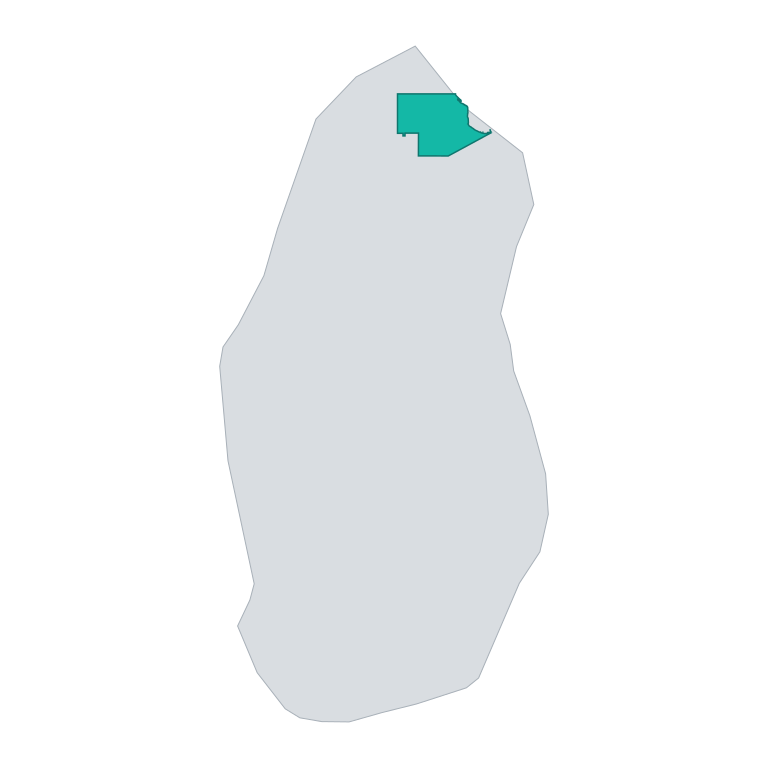 77, Madinat ach Shamal, Qatar shown in context
{"feature_id": "91078587B75856753740390", "entity_name": "77", "entity_type": "district", "adm_level": 2, "iso_a3": "QAT", "parent_name": "Qatar", "parent_adm1": "Madinat ach Shamal", "projection": "albers", "projection_center": [51.407, 25.968], "detail": "fine", "context": "in_parent", "style": "filled", "palette": "teal", "viewbox_px": 768, "rotation_deg": 0, "n_neighbors": 0, "source": "geoboundaries", "source_scale": "gbopen_adm2", "svg_char_len": 2982}
<svg xmlns="http://www.w3.org/2000/svg" viewBox="0 0 768 768"><path d="M416.7,703.9L381.9,712.6L349.1,721.9L321.7,721.6L299.8,717.8L285.2,708.8L257.2,672.7L237.6,626.0L249.9,600.0L254.2,583.8L228.0,460.8L219.7,366.3L223.0,347.0L238.3,324.8L263.9,275.7L277.6,228.4L316.0,119.0L356.2,76.9L415.2,46.1L463.6,106.6L522.6,152.8L533.8,204.5L516.5,246.6L500.6,313.6L510.2,344.4L513.7,371.0L529.9,415.8L545.6,473.8L548.3,514.3L539.9,551.8L519.3,583.3L478.6,678.0L466.4,687.8L416.7,703.9Z" fill="#d9dde1" stroke="#a8b0b8" stroke-width="1"/><path d="M447.8,156.0L448.2,156.0L484.2,136.5L490.9,132.9L490.7,132.8L490.4,132.6L490.1,132.6L490.1,133.0L489.9,133.0L489.7,133.1L489.4,133.1L489.1,133.2L488.9,132.9L490.7,131.8L490.8,131.9L490.9,131.7L490.7,131.6L490.2,130.1L490.2,129.9L489.4,129.8L490.1,130.0L490.6,131.5L490.4,131.9L489.6,132.4L489.5,132.5L488.8,132.8L488.5,132.7L488.4,132.8L488.5,132.8L488.9,133.0L488.5,133.3L488.2,133.4L487.9,133.4L487.5,133.3L487.4,133.3L487.4,132.9L487.5,132.6L488.3,132.5L488.4,132.4L488.1,132.4L487.8,132.5L487.6,132.5L487.1,133.4L487.0,133.5L485.6,133.5L484.1,133.5L483.7,133.4L483.3,133.3L483.1,133.2L483.1,132.5L483.3,132.5L483.2,132.5L483.1,132.4L482.9,133.0L482.7,133.2L482.1,133.1L480.9,132.6L480.7,132.4L480.9,132.0L481.0,131.8L481.2,131.7L480.9,131.9L480.7,132.5L480.3,132.4L480.0,132.3L479.5,132.1L479.2,132.0L478.8,131.8L478.7,131.7L477.9,131.4L477.5,131.2L477.3,131.0L476.8,130.8L476.7,130.8L476.3,130.6L476.0,130.5L475.5,130.2L475.4,130.1L474.9,129.9L474.6,129.7L474.3,129.5L474.1,129.2L473.9,129.1L473.6,129.0L473.5,128.8L473.3,128.6L472.8,128.3L472.3,128.0L471.8,127.7L471.5,127.4L471.3,127.3L471.2,127.1L470.8,126.9L470.4,126.7L470.1,126.5L469.7,126.3L469.4,126.1L468.9,125.6L468.7,125.2L468.5,124.9L468.2,124.0L468.0,123.9L468.2,123.7L468.3,123.0L468.4,122.9L468.2,118.8L468.1,118.4L468.1,118.1L467.7,117.7L467.7,117.4L467.5,116.9L467.5,116.6L467.4,116.2L467.6,114.7L467.6,113.4L467.9,113.1L467.8,110.2L467.7,107.4L467.4,106.7L467.2,106.7L467.1,106.4L467.0,106.2L466.5,106.1L466.5,105.8L466.1,105.7L465.9,105.4L465.2,105.2L464.6,105.0L464.6,104.7L463.9,104.5L463.9,104.3L463.7,104.1L463.4,104.0L463.3,103.9L462.6,103.7L462.1,103.5L461.7,103.2L461.3,103.2L460.8,102.8L460.5,102.6L460.3,102.5L460.3,102.2L460.0,102.1L459.8,101.7L459.3,101.1L459.2,100.9L458.9,100.7L458.7,100.7L458.6,100.4L458.6,100.1L457.9,100.1L457.8,99.7L457.6,99.3L457.6,99.1L458.0,98.9L458.2,99.7L458.4,99.5L458.4,98.9L458.5,98.9L458.8,99.6L459.1,99.8L459.1,100.0L459.3,100.0L459.3,99.8L459.5,99.8L459.5,100.1L460.0,100.4L460.6,100.3L460.8,100.7L460.8,101.0L461.1,101.1L461.1,100.8L461.0,100.6L460.9,100.2L460.4,99.7L459.9,99.4L459.1,98.6L458.8,98.4L458.5,98.0L458.1,97.6L457.8,97.4L457.4,96.9L457.2,96.7L456.5,96.1L456.3,95.8L455.9,95.2L455.6,94.9L455.5,94.6L455.4,94.2L455.5,94.0L455.5,93.9L397.5,93.9L397.5,133.3L403.0,133.3L403.0,135.9L405.0,135.9L405.0,133.1L418.5,133.1L418.4,155.9L434.4,155.9L447.8,156.0Z" fill="#14b8a6" stroke="#0f766e" stroke-width="1.5"/></svg>